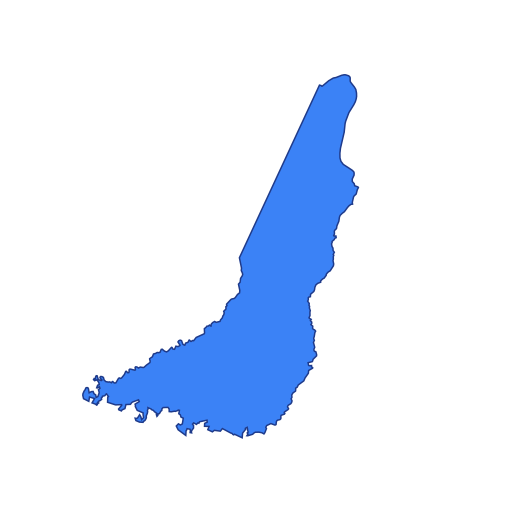 Mironó, Ngöbe Buglé, Panama, rotated 25°
{"feature_id": "35544464B14615778162617", "entity_name": "Mironó", "entity_type": "district", "adm_level": 2, "iso_a3": "PAN", "parent_name": "Panama", "parent_adm1": "Ngöbe Buglé", "projection": "natural_earth1", "projection_center": [-81.895, 8.486], "detail": "fine", "context": "isolated", "style": "filled", "palette": "blue", "viewbox_px": 512, "rotation_deg": 25, "n_neighbors": 0, "source": "geoboundaries", "source_scale": "gbopen_adm2", "svg_char_len": 6145}
<svg xmlns="http://www.w3.org/2000/svg" viewBox="0 0 512 512"><g transform="rotate(25 256 256)"><path d="M323.7,422.7L324.5,422.4L328.3,419.0L329.2,416.8L329.9,416.0L333.1,414.4L336.1,413.7L338.4,413.9L338.7,412.3L338.4,407.9L337.3,407.2L337.3,405.2L340.3,401.6L344.7,401.2L345.4,400.3L344.5,397.6L344.5,396.5L344.9,395.7L346.8,394.2L347.2,393.3L347.1,392.4L346.3,390.9L346.1,389.8L348.6,387.3L348.7,386.6L347.8,386.1L347.7,385.4L349.9,381.7L350.1,380.8L349.9,380.4L348.6,379.7L348.2,379.1L348.3,377.6L349.9,375.3L350.2,373.9L349.9,372.1L348.2,370.6L348.3,368.9L347.1,366.8L347.4,364.4L348.9,361.8L348.7,361.0L347.8,359.0L348.8,357.5L348.8,355.0L352.1,349.0L352.0,345.8L353.0,340.2L352.1,337.5L354.7,333.8L354.5,333.2L353.1,333.0L352.6,331.8L350.6,332.9L349.9,332.9L348.3,330.7L351.6,328.0L351.7,327.2L351.4,325.5L353.1,320.9L352.6,319.7L350.9,317.7L350.5,317.4L349.4,317.7L348.6,317.2L347.9,316.1L347.8,313.9L344.6,310.1L344.5,307.7L343.4,306.8L343.0,305.9L342.8,304.3L341.7,300.5L341.8,298.9L340.4,298.2L338.9,298.2L337.9,297.7L337.1,295.6L334.8,295.0L335.0,293.5L334.4,292.3L332.6,291.6L332.8,290.1L330.8,290.0L330.2,289.6L330.1,287.2L328.5,283.9L328.3,282.6L326.3,280.5L325.8,278.9L324.9,278.3L324.3,276.5L321.9,275.1L321.9,273.6L321.0,271.7L321.2,271.0L322.5,269.9L321.6,267.6L323.4,263.7L323.3,261.8L322.6,259.6L322.5,256.9L323.5,254.7L325.7,252.4L325.1,251.2L326.1,248.6L327.1,247.3L327.8,243.9L327.5,243.3L327.5,242.2L328.3,239.8L329.5,238.1L330.3,232.2L329.8,230.4L327.8,227.7L327.4,226.1L326.3,223.9L326.2,222.5L325.3,221.9L325.4,219.5L323.6,218.5L322.4,216.3L320.8,215.2L319.3,213.0L319.3,211.6L318.8,210.6L319.9,208.2L320.0,206.5L320.9,205.5L320.0,204.1L318.4,204.9L317.8,204.7L317.8,202.9L316.5,200.4L316.5,199.3L317.1,198.1L317.3,196.8L316.6,194.6L316.4,189.5L315.2,185.5L315.1,183.6L316.1,180.9L317.4,178.5L318.4,173.4L319.1,171.1L320.3,169.0L321.6,168.2L320.6,166.7L319.4,161.0L319.6,160.0L320.6,157.5L319.8,153.1L319.9,150.7L319.2,150.3L315.7,150.6L314.5,149.0L311.8,147.8L310.7,145.5L310.7,141.3L309.8,139.2L308.9,138.3L306.8,137.6L296.4,136.1L293.0,134.3L290.7,131.7L288.6,127.4L287.0,122.6L283.6,106.5L280.8,98.4L280.3,95.9L279.6,86.7L280.7,77.6L280.8,74.2L280.4,71.2L279.7,68.8L278.2,65.8L276.1,62.9L273.8,61.3L268.3,58.5L267.4,57.6L266.1,54.8L265.5,54.1L263.9,53.5L260.8,53.9L259.3,54.5L257.3,56.0L253.1,60.4L250.8,62.1L247.9,66.3L244.3,74.0L243.9,74.3L242.9,74.0L241.3,74.3L241.7,264.6L248.0,273.1L248.8,275.4L250.9,277.2L251.8,278.5L251.9,279.9L251.5,282.8L252.7,286.5L252.0,288.9L255.9,294.1L256.7,296.4L255.5,298.6L254.8,302.4L254.2,303.7L252.1,305.3L251.6,306.1L249.7,312.0L249.8,312.4L250.7,313.3L250.1,314.6L251.1,316.6L251.1,317.4L250.5,318.4L250.1,319.8L251.2,320.9L251.6,323.0L251.3,324.3L251.6,326.4L250.9,328.8L251.0,330.5L247.9,333.0L246.2,332.8L244.9,334.6L244.3,336.3L244.3,337.2L244.9,338.4L244.5,338.6L243.0,338.3L242.4,339.6L241.1,340.4L240.9,341.6L239.9,343.7L241.9,347.5L241.9,348.4L236.2,355.1L235.3,359.1L234.1,359.5L233.5,360.7L232.9,361.0L231.2,360.3L230.9,360.5L230.8,363.0L229.0,364.7L229.2,366.8L228.7,367.1L226.9,366.8L224.3,364.2L223.3,364.2L222.6,364.5L221.8,365.5L221.6,366.9L224.6,368.8L224.9,369.3L223.7,371.0L221.5,371.6L221.6,375.0L220.1,375.5L218.6,374.4L218.0,374.5L216.6,379.0L215.5,380.7L213.3,380.9L210.4,380.1L209.6,380.7L209.7,383.9L208.7,384.7L207.2,385.2L206.2,386.7L204.5,388.1L204.7,391.1L203.0,394.0L203.5,394.9L204.5,395.9L204.9,397.4L202.8,401.2L201.6,404.1L201.0,404.7L198.0,405.6L196.9,407.2L194.9,406.9L193.8,407.3L193.5,408.0L194.8,410.1L194.5,410.7L190.3,411.5L189.3,412.0L189.1,412.7L189.9,414.6L190.0,415.4L189.2,416.0L187.1,415.3L186.7,415.7L186.8,418.9L185.7,423.4L185.1,424.1L183.6,424.3L183.1,425.0L182.6,430.2L181.2,431.0L179.2,430.3L178.8,430.7L178.5,432.0L176.7,431.9L175.4,432.7L173.0,433.3L170.8,432.6L169.0,430.5L167.3,430.4L166.0,431.0L165.9,432.0L166.5,432.6L168.6,433.3L168.8,433.8L168.4,434.3L166.0,434.6L165.0,434.3L162.6,431.7L161.8,432.0L161.7,433.3L162.2,435.2L161.9,435.5L161.1,435.5L161.0,436.7L162.5,437.2L164.1,435.5L166.1,436.5L167.4,437.6L168.3,438.8L167.1,440.0L167.3,442.8L167.9,442.7L169.4,440.7L170.5,441.9L169.7,443.8L171.3,445.6L171.7,446.4L172.1,450.2L171.1,451.5L171.2,452.1L169.4,449.6L167.4,449.3L165.6,447.6L164.1,448.5L162.6,450.5L160.3,447.2L159.4,446.5L158.6,446.6L157.8,447.1L157.5,447.8L157.7,449.1L157.3,451.1L157.4,454.1L158.0,455.6L160.0,458.2L165.9,458.4L164.7,454.2L169.9,453.4L169.5,458.4L173.1,458.1L174.6,458.5L175.0,457.8L174.8,456.9L175.2,456.2L174.3,456.5L174.4,455.3L174.8,454.9L175.1,453.4L175.7,453.1L176.7,451.2L175.8,450.0L176.3,448.9L176.1,448.0L178.0,446.5L178.5,444.5L178.8,444.1L181.7,445.8L181.3,446.6L183.3,451.3L191.6,450.3L197.0,447.5L197.4,448.1L196.1,452.8L196.7,453.4L199.5,453.3L199.7,452.0L201.7,449.7L200.9,445.6L204.9,443.5L205.3,441.4L205.9,440.4L210.3,436.0L211.7,437.3L209.0,441.4L209.7,442.1L210.3,443.5L213.6,446.1L220.0,445.9L220.6,447.3L222.4,450.0L221.5,452.6L219.7,450.5L217.6,449.0L217.1,452.9L216.5,453.6L215.0,454.1L216.7,455.9L220.5,455.8L223.9,454.5L224.0,453.4L224.8,452.1L225.0,451.1L225.0,449.0L224.1,447.2L224.0,444.6L223.6,442.9L222.8,441.7L222.8,440.0L222.2,439.1L225.6,439.0L226.2,439.4L228.3,439.3L229.9,440.1L231.5,440.2L232.0,440.5L232.8,441.9L234.0,443.2L234.4,441.9L233.9,441.3L233.7,440.4L234.6,440.3L235.1,439.4L235.3,437.0L235.9,435.8L235.3,434.1L235.9,432.6L240.2,430.4L241.9,431.3L243.1,433.7L245.1,433.0L247.7,431.1L248.6,430.9L250.3,429.2L250.6,428.5L251.8,428.2L252.7,431.6L254.5,431.9L256.1,433.7L258.6,433.7L260.2,439.3L258.9,441.1L256.6,440.9L255.6,443.8L258.9,446.4L268.2,448.3L266.5,444.0L266.7,442.7L266.5,441.6L269.5,440.9L270.3,442.0L270.9,443.9L272.4,443.5L271.7,442.6L271.5,441.4L272.1,438.3L271.0,436.0L269.5,435.2L270.0,433.6L273.2,433.8L273.9,431.8L274.9,431.7L274.9,430.1L281.0,425.5L282.0,427.2L280.2,429.4L281.3,432.1L285.5,430.3L285.7,433.8L290.8,433.8L291.9,431.6L297.7,429.8L298.5,426.6L308.0,427.1L309.2,426.9L310.5,427.5L311.4,427.5L311.9,426.6L320.3,426.6L318.7,422.2L319.8,417.6L319.2,416.7L320.4,415.0L321.6,416.6L321.6,417.0L323.3,418.8L322.8,420.1L324.0,420.8L323.7,422.7Z" fill="#3b82f6" stroke="#1e3a8a" stroke-width="1.5"/></g></svg>